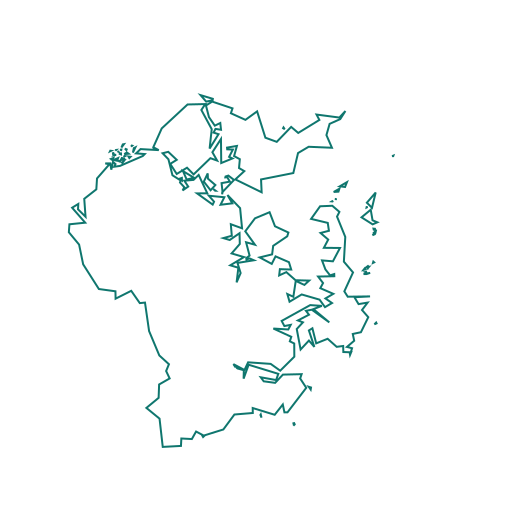 Belmullet-Lea-3, Mayo, Ireland (Albers equal-area conic projection), rotated 154°
{"feature_id": "5873133B47562740874876", "entity_name": "Belmullet-Lea-3", "entity_type": "district", "adm_level": 2, "iso_a3": "IRL", "parent_name": "Ireland", "parent_adm1": "Mayo", "projection": "albers", "projection_center": [-9.902, 54.113], "detail": "fine", "context": "isolated", "style": "outline", "palette": "teal", "viewbox_px": 512, "rotation_deg": 154, "n_neighbors": 0, "source": "geoboundaries", "source_scale": "gbopen_adm2", "svg_char_len": 6208}
<svg xmlns="http://www.w3.org/2000/svg" viewBox="0 0 512 512"><g transform="rotate(154 256 256)"><path d="M415.0,324.3L411.7,295.2L397.8,285.9L400.9,279.2L383.4,279.4L381.1,264.6L376.2,262.8L385.0,235.4L386.5,209.0L381.7,196.9L387.2,192.0L387.3,183.8L399.4,183.0L405.7,171.2L421.1,167.5L414.0,152.1L423.5,125.3L406.7,118.2L403.1,124.7L393.9,119.6L386.8,124.5L381.7,117.5L361.4,114.4L344.9,123.0L327.7,116.3L325.6,120.8L308.8,105.1L297.0,110.8L299.0,103.0L296.2,101.7L268.6,115.5L270.0,126.6L266.8,129.8L283.8,137.6L294.4,133.6L304.0,140.0L304.9,144.9L292.3,135.7L287.6,140.3L310.3,161.5L320.9,151.2L317.0,158.7L321.9,163.0L322.3,163.8L321.8,165.0L323.3,165.6L323.7,168.7L316.3,158.6L309.7,163.9L290.1,152.6L284.5,142.3L265.7,148.7L260.0,160.6L263.0,164.5L259.7,167.9L272.2,183.2L259.2,175.8L255.0,178.9L261.2,180.6L261.4,186.4L228.8,188.1L218.7,182.3L227.7,183.1L219.2,164.2L229.4,183.3L235.1,184.8L234.1,180.0L246.6,179.7L242.9,175.8L251.4,172.5L256.9,152.4L245.5,156.8L243.4,148.7L241.1,165.9L237.0,166.3L240.2,151.1L227.9,150.2L223.3,139.0L217.1,136.9L219.6,131.4L213.0,127.9L210.1,131.0L214.1,134.4L204.9,136.8L203.2,143.5L195.1,141.5L181.9,151.8L184.4,161.0L176.1,165.2L184.9,167.8L185.6,175.8L171.2,169.7L191.4,179.2L192.1,185.5L176.0,198.7L179.5,212.4L167.4,234.0L165.9,255.9L161.7,259.1L165.4,267.7L176.6,272.6L190.2,265.2L177.0,254.3L179.4,246.7L187.9,248.4L183.9,239.1L191.4,233.6L177.0,226.4L189.2,217.5L198.6,223.1L199.5,213.5L197.9,206.1L193.6,205.5L194.5,203.5L209.2,210.3L207.6,202.3L212.3,198.9L203.1,188.1L212.2,187.4L208.3,180.4L216.4,179.8L218.0,188.9L231.8,201.4L245.9,200.2L244.5,208.1L240.3,203.0L231.2,216.2L225.2,208.8L219.0,210.6L231.1,216.9L235.8,228.2L243.7,228.4L240.3,233.7L230.3,228.4L229.1,236.0L238.6,247.1L245.3,242.0L253.3,253.1L240.8,250.4L236.1,257.6L219.3,260.0L216.6,262.9L225.9,274.4L224.6,289.4L240.4,290.3L254.8,282.9L252.0,266.6L258.9,272.7L261.6,259.2L265.7,258.3L266.1,257.1L262.8,256.6L259.8,253.1L275.7,257.9L277.3,247.4L285.0,240.8L277.0,253.2L283.2,258.9L267.3,260.3L276.8,269.0L265.3,273.9L260.8,283.7L272.6,281.9L277.5,286.4L268.9,284.8L264.7,295.6L256.4,287.0L249.3,306.0L254.9,323.3L254.2,313.7L265.4,317.6L258.7,322.7L271.9,330.8L269.9,323.2L272.4,321.2L281.5,338.1L272.3,333.7L272.0,354.0L278.8,351.8L287.4,355.1L286.5,348.1L293.2,347.1L290.3,349.3L292.1,355.4L290.6,356.9L295.7,365.2L292.3,381.3L294.9,389.3L289.2,388.1L285.1,377.2L292.7,376.4L291.3,364.5L279.3,365.6L276.3,356.7L254.1,363.9L249.1,358.8L249.7,368.4L236.2,376.5L246.5,354.8L234.4,354.0L236.7,356.9L230.1,361.8L235.1,364.5L234.5,366.1L224.9,363.3L231.9,355.4L228.1,350.1L232.7,342.5L229.3,337.4L241.0,333.9L223.0,310.8L217.9,322.6L186.1,314.2L173.1,330.1L160.8,331.1L140.3,320.0L139.7,333.8L131.9,342.5L120.3,342.1L112.1,347.1L120.4,343.9L139.6,356.6L139.4,350.5L164.1,348.1L167.8,356.6L187.3,349.5L195.7,358.2L191.6,385.5L205.8,383.0L216.0,395.3L212.4,399.0L227.7,414.0L235.0,413.2L237.4,401.5L235.9,391.2L229.8,391.2L232.1,384.8L236.7,388.0L240.0,385.5L236.3,381.9L250.6,372.9L240.2,389.4L241.1,411.2L235.0,414.8L251.1,422.2L284.8,412.0L300.6,398.8L297.0,393.8L312.9,402.7L318.8,400.8L311.3,396.4L313.9,395.5L338.8,396.6L344.3,398.4L342.0,400.2L343.3,403.3L348.2,397.0L346.4,403.1L350.9,405.3L347.6,402.7L364.9,395.4L370.3,385.9L385.3,382.7L392.0,366.0L395.5,376.0L392.9,380.7L400.1,380.0L394.9,360.8L409.8,366.3L413.8,359.4L410.0,343.8L415.0,324.3ZM255.0,336.6L258.0,328.2L242.4,334.0L245.6,340.4L248.5,340.8L249.1,340.1L247.3,339.3L246.9,334.3L255.0,336.6ZM268.0,335.0L261.4,337.6L265.3,346.6L263.2,351.4L270.3,345.7L268.0,335.0ZM144.2,244.5L137.3,233.3L132.2,233.1L135.6,237.0L132.6,247.3L144.2,244.5ZM133.0,255.3L130.6,248.5L120.6,260.6L133.0,255.3ZM233.1,416.6L226.7,415.0L225.9,416.2L235.3,424.9L233.1,416.6ZM277.4,353.5L284.4,364.3L284.8,355.1L277.4,353.5ZM150.1,281.9L145.7,279.0L141.9,282.5L150.1,281.9ZM318.5,406.5L321.3,402.9L316.8,406.5L318.5,406.5ZM164.5,191.3L160.8,190.8L167.3,192.6L164.5,191.3ZM158.1,279.5L153.7,277.7L151.6,279.9L158.1,279.5ZM339.1,402.5L337.0,404.5L341.8,404.7L339.1,402.5ZM327.0,401.3L326.9,399.6L325.3,400.2L327.0,401.3ZM331.2,400.6L333.6,402.9L334.8,402.0L331.2,400.6ZM326.7,405.7L329.7,405.3L325.7,403.8L326.7,405.7ZM265.9,115.3L265.4,112.0L264.2,113.7L265.9,115.3ZM343.8,406.8L342.9,405.1L341.3,406.6L343.8,406.8ZM291.0,359.0L289.5,356.3L288.4,358.7L291.0,359.0ZM334.3,408.1L332.8,406.5L332.4,407.4L334.3,408.1ZM333.3,400.3L334.4,398.7L332.1,399.8L333.3,400.3ZM137.8,225.0L141.0,223.9L142.2,223.6L139.6,223.5L137.8,225.0ZM263.7,332.4L265.0,334.9L264.1,332.6L263.7,332.4ZM326.8,414.7L329.4,412.5L325.7,414.4L326.8,414.7ZM177.2,143.5L179.5,142.7L177.2,142.6L177.2,143.5ZM326.7,410.0L326.1,408.0L325.5,408.5L326.7,410.0ZM174.6,357.4L174.9,359.5L175.6,359.0L174.6,357.4ZM160.5,197.2L158.9,198.1L161.9,197.5L160.9,196.3L160.5,197.2ZM214.3,127.6L214.8,125.9L213.0,127.5L214.3,127.6ZM136.5,227.9L138.4,229.1L138.6,228.2L136.5,227.9ZM295.8,87.6L296.8,87.1L294.4,87.9L295.8,87.6ZM139.0,225.7L137.4,225.8L136.4,227.0L139.0,225.7ZM160.7,196.1L159.3,196.7L160.5,197.0L160.7,196.1ZM258.6,327.7L259.4,326.3L258.4,327.6L258.6,327.7ZM163.7,197.2L165.4,196.4L163.5,196.0L163.7,197.2ZM296.6,89.4L295.0,88.8L295.0,89.1L296.6,89.4ZM153.0,199.5L153.9,198.5L152.6,198.5L153.0,199.5ZM383.0,118.1L382.9,116.5L381.6,116.9L383.0,118.1ZM337.4,408.2L338.3,408.8L339.0,408.6L337.4,408.2ZM337.8,401.7L337.4,400.9L336.5,401.1L337.8,401.7ZM321.9,108.3L321.2,111.5L321.7,111.2L321.9,108.3ZM331.6,411.1L330.7,410.3L330.4,410.7L331.6,411.1ZM164.5,193.3L163.1,193.3L164.8,193.7L164.5,193.3ZM140.1,225.2L140.5,224.3L139.5,225.2L140.1,225.2ZM339.5,411.1L339.7,410.5L338.3,410.8L339.5,411.1ZM134.2,251.1L135.1,251.5L135.4,251.1L134.2,251.1ZM159.1,271.9L158.6,271.9L160.1,272.7L159.1,271.9ZM163.3,271.5L162.6,271.9L163.8,271.8L163.3,271.5ZM89.9,286.1L88.9,285.6L88.5,286.0L89.9,286.1ZM340.8,414.5L341.3,414.1L340.2,414.1L340.8,414.5ZM335.5,398.8L335.3,398.4L335.0,398.6L335.5,398.8ZM335.5,412.7L336.2,412.3L335.2,412.6L335.5,412.7ZM301.2,397.2L301.8,396.8L300.5,397.6L301.2,397.2ZM330.3,403.5L331.6,403.2L329.9,403.2L330.3,403.5ZM319.2,409.7L320.3,409.1L318.9,409.4L319.2,409.7ZM334.0,410.0L334.1,410.3L334.8,410.2L334.0,410.0Z" fill="none" stroke="#0f766e" stroke-width="2"/></g></svg>